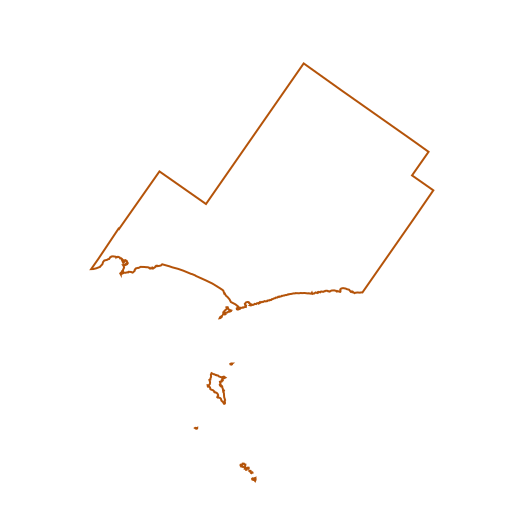 Elliston, South Australia, Australia, rotated 305°
{"feature_id": "25037944B88670568151833", "entity_name": "Elliston", "entity_type": "district", "adm_level": 2, "iso_a3": "AUS", "parent_name": "Australia", "parent_adm1": "South Australia", "projection": "equal_earth", "projection_center": [134.757, -33.574], "detail": "fine", "context": "isolated", "style": "outline", "palette": "amber", "viewbox_px": 512, "rotation_deg": 305, "n_neighbors": 0, "source": "geoboundaries", "source_scale": "gbopen_adm2", "svg_char_len": 6097}
<svg xmlns="http://www.w3.org/2000/svg" viewBox="0 0 512 512"><g transform="rotate(305 256 256)"><path d="M441.1,184.6L269.9,185.2L269.9,128.4L199.5,128.3L199.6,127.7L163.4,128.5L150.7,128.5L152.0,130.2L154.4,132.3L157.7,134.5L158.2,134.4L161.1,134.9L163.3,134.2L165.3,134.3L167.4,136.2L168.6,136.7L169.3,137.4L171.4,137.3L171.9,137.7L172.6,137.8L173.6,138.9L174.8,141.2L174.9,141.8L174.7,142.1L175.1,142.1L175.7,143.3L176.2,143.4L176.5,144.6L176.6,145.2L176.1,146.1L176.8,146.9L176.7,148.0L176.0,148.2L174.8,150.2L175.8,149.7L176.4,149.7L176.7,150.0L176.5,150.4L176.6,151.2L175.8,151.5L176.3,151.6L177.2,151.2L177.7,151.4L177.8,153.0L177.1,153.9L176.9,154.7L176.5,155.1L175.3,155.0L174.7,155.6L174.9,154.9L174.4,154.6L175.1,154.4L175.2,154.0L172.7,153.2L172.6,152.7L172.9,153.2L173.1,153.1L172.3,152.3L172.1,153.0L170.8,154.6L168.4,155.0L167.4,155.7L167.1,155.6L166.8,155.0L165.8,155.2L163.9,154.8L163.4,155.8L163.7,155.6L163.9,155.9L164.7,155.7L164.7,156.1L165.0,156.0L165.4,156.6L165.9,156.8L166.0,157.2L166.3,157.2L167.0,157.9L167.3,158.6L168.9,160.0L169.1,160.6L170.0,160.7L171.3,162.9L171.5,164.3L171.9,164.6L174.4,165.1L175.4,164.5L177.0,164.8L177.0,165.0L178.1,165.6L178.8,166.6L180.9,167.7L183.2,171.2L183.8,172.5L184.2,172.9L184.9,174.2L184.9,175.2L185.4,175.7L185.0,176.5L185.5,176.7L186.2,178.1L186.5,177.6L187.1,177.6L187.3,178.8L187.9,179.4L189.5,179.9L189.8,179.6L190.6,179.8L190.7,180.2L191.3,180.4L191.4,180.7L191.1,180.8L191.2,181.2L192.8,182.8L193.8,183.6L195.4,183.9L197.9,191.0L198.7,193.9L200.8,199.6L202.3,204.9L204.1,213.1L204.5,214.0L205.2,217.2L205.2,218.3L207.2,228.7L208.4,236.0L208.9,244.6L209.0,248.2L208.8,249.2L207.8,250.5L207.5,251.7L206.9,251.7L206.9,252.7L206.2,254.4L206.1,256.1L205.3,259.2L203.9,261.8L204.6,266.8L204.4,270.2L203.8,270.9L203.3,270.4L202.8,270.7L202.0,270.3L201.4,270.9L201.6,271.7L202.0,272.1L202.9,271.7L203.0,272.2L203.1,272.6L203.4,272.5L203.5,272.9L204.4,272.7L204.3,273.3L204.9,273.4L206.2,275.0L206.6,274.9L206.9,275.5L208.1,276.3L208.4,276.9L209.6,276.3L209.3,276.0L209.4,275.6L210.4,274.3L212.4,274.5L213.7,275.7L214.0,276.6L213.9,277.2L213.5,277.3L213.5,278.3L213.2,279.3L212.9,279.5L212.2,279.3L212.4,279.8L212.9,279.8L212.9,280.2L213.2,280.2L213.7,280.1L213.8,280.9L214.0,281.0L214.1,281.5L214.9,282.1L216.0,282.3L216.7,283.7L217.7,283.8L218.3,284.6L218.7,284.7L218.6,285.5L219.3,285.5L219.5,285.8L220.3,285.7L220.3,286.3L221.3,286.5L221.5,287.3L222.5,287.9L222.7,288.4L223.9,288.8L224.2,289.4L224.2,289.7L224.6,290.2L225.3,290.9L225.8,290.9L225.8,291.2L226.3,291.3L227.2,292.1L227.4,292.6L228.1,292.7L228.6,293.6L229.8,293.8L230.1,294.3L231.8,295.2L232.4,295.9L233.2,296.0L234.1,297.2L235.2,297.5L235.2,297.8L235.8,298.1L235.8,298.4L236.3,298.5L236.4,298.9L237.7,300.0L238.1,300.0L238.2,300.3L239.4,301.2L239.8,301.8L240.8,302.4L241.6,303.5L243.1,304.3L243.1,304.7L244.4,305.7L245.1,306.6L246.8,308.1L247.7,309.4L248.2,309.6L250.2,312.7L251.5,314.0L251.9,314.9L253.5,316.9L255.0,319.8L255.5,320.2L255.7,321.0L256.2,321.4L256.7,322.8L257.0,323.0L257.9,322.9L257.5,323.5L257.4,324.0L258.0,324.3L258.5,325.1L260.3,325.7L260.8,327.4L261.7,327.4L261.7,327.9L262.3,327.9L262.3,328.2L263.2,329.0L263.2,329.4L263.8,329.4L264.4,329.9L264.6,330.7L265.0,331.0L265.3,331.7L265.9,331.9L266.5,332.6L267.0,332.6L267.8,333.4L268.5,334.6L268.4,335.3L268.7,335.9L269.0,336.0L269.1,336.8L270.8,337.5L271.5,338.2L272.8,340.0L273.4,341.7L273.3,342.0L273.5,342.0L273.7,343.0L274.0,343.1L273.9,343.3L274.7,344.5L274.6,344.9L275.0,345.6L275.7,345.4L277.0,344.2L278.3,344.5L279.6,345.7L280.8,348.2L280.9,349.3L281.8,351.6L281.0,354.3L281.5,355.0L281.9,355.0L281.6,355.7L282.2,356.0L282.0,357.0L282.2,357.4L282.2,358.1L282.6,358.2L284.3,360.0L285.6,362.2L286.4,362.9L287.2,364.1L376.8,363.9L411.5,363.6L411.5,337.6L440.3,337.6L440.5,318.6L440.7,230.8L441.1,184.6ZM117.7,310.6L117.4,312.8L116.6,314.5L116.9,315.0L117.7,315.0L119.7,313.2L120.3,313.3L122.1,310.9L125.3,308.3L125.7,307.4L127.5,306.9L127.5,306.6L126.9,306.2L128.3,304.9L128.9,303.8L129.4,303.5L129.4,302.9L129.9,302.7L130.0,302.0L129.1,301.7L129.4,300.6L129.9,300.1L130.7,300.4L132.3,298.6L132.6,298.8L133.0,299.6L133.5,299.9L134.3,299.3L135.0,300.1L135.2,300.9L135.4,299.1L136.0,298.8L137.1,299.0L137.5,299.9L138.8,300.6L138.8,298.9L137.1,297.5L136.7,296.9L136.1,294.8L136.3,293.2L135.7,292.4L135.7,291.6L135.3,291.2L135.3,289.9L134.8,289.0L134.5,286.8L132.9,287.1L131.3,288.5L129.2,289.0L128.6,289.5L127.7,288.9L126.4,290.7L124.7,291.6L122.9,291.6L122.4,290.5L121.7,291.1L121.4,291.7L122.1,292.5L122.0,293.7L120.8,294.9L120.8,295.7L121.4,298.0L121.2,299.0L120.7,299.8L121.0,300.1L120.7,300.6L121.3,301.9L121.2,303.2L120.7,304.3L119.8,305.2L119.3,305.3L118.9,305.0L118.1,305.3L118.1,305.9L118.8,307.0L119.1,308.3L118.7,309.5L117.7,310.6ZM197.0,266.4L196.8,265.7L196.4,265.5L196.4,265.0L196.6,264.6L196.9,263.3L197.8,262.3L197.5,261.6L197.0,261.2L196.1,262.5L193.0,261.6L192.1,262.0L191.3,261.5L190.8,261.7L190.7,262.2L189.6,262.4L189.7,263.3L190.4,264.1L190.8,264.0L191.0,264.2L191.2,263.9L191.5,264.0L192.1,263.7L193.4,265.0L194.4,265.2L194.9,265.8L195.4,265.7L195.9,266.3L195.7,266.6L196.4,267.0L196.8,266.3L197.0,266.4ZM76.5,370.5L77.5,371.8L78.0,371.8L78.4,371.4L78.0,370.7L76.5,369.8L76.2,369.1L77.1,368.0L79.1,366.9L78.7,366.0L79.0,365.2L78.3,364.2L77.7,364.5L76.7,364.5L76.6,363.4L76.2,363.1L75.6,363.4L75.0,364.5L75.6,365.6L75.7,366.4L76.7,367.2L76.7,367.5L76.4,368.2L75.3,368.8L76.2,369.8L75.2,370.6L75.4,370.8L75.8,370.4L76.5,370.5ZM71.2,384.3L72.5,384.0L73.3,383.4L72.4,382.8L72.6,382.4L72.5,382.1L73.0,382.1L72.2,381.5L71.9,380.7L71.2,380.6L70.9,381.0L71.1,381.2L70.9,381.9L71.1,382.4L71.7,382.6L71.2,384.3ZM186.4,262.9L187.5,262.5L185.4,261.7L184.2,261.9L184.7,262.4L186.4,262.9ZM80.1,304.7L80.1,305.7L80.5,306.5L81.0,306.7L81.5,306.4L80.9,306.0L80.4,304.8L80.1,304.7ZM153.0,298.2L153.4,298.4L153.7,298.0L154.3,298.2L153.7,297.3L152.8,296.9L152.6,297.3L153.0,297.7L153.0,298.2ZM76.3,375.5L76.9,374.8L76.3,373.7L76.0,373.9L76.2,374.7L76.0,374.8L76.3,375.5ZM74.7,376.7L75.9,376.9L76.5,377.4L76.7,377.1L75.9,376.3L74.7,376.7Z" fill="none" stroke="#b45309" stroke-width="2"/></g></svg>